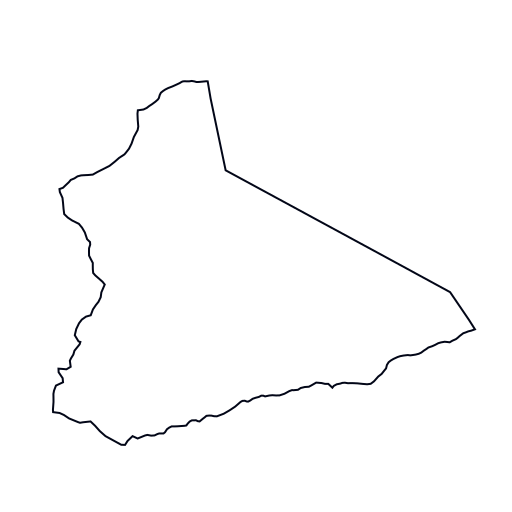 the district of Samrang, Samdrup Jongkhar, Bhutan, rotated 266°
{"feature_id": "84629894B7351985376412", "entity_name": "Samrang", "entity_type": "district", "adm_level": 2, "iso_a3": "BTN", "parent_name": "Bhutan", "parent_adm1": "Samdrup Jongkhar", "projection": "albers", "projection_center": [91.824, 26.908], "detail": "fine", "context": "isolated", "style": "outline", "palette": "ink", "viewbox_px": 512, "rotation_deg": 266, "n_neighbors": 0, "source": "geoboundaries", "source_scale": "gbopen_adm2", "svg_char_len": 2948}
<svg xmlns="http://www.w3.org/2000/svg" viewBox="0 0 512 512"><g transform="rotate(266 256 256)"><path d="M409.6,148.3L406.3,147.7L400.1,147.5L393.3,147.6L389.9,146.7L383.3,142.5L376.8,139.7L371.9,136.8L368.0,133.3L366.5,131.8L363.5,126.4L360.0,121.8L356.1,116.1L350.8,103.5L348.6,98.9L348.5,94.2L348.6,89.8L348.6,87.1L347.9,83.5L346.1,80.3L344.8,76.5L342.7,74.5L339.6,70.7L337.5,68.2L336.5,64.6L333.4,64.8L327.5,67.0L322.6,67.2L316.5,67.3L311.2,67.6L307.5,70.9L304.3,75.0L300.4,81.6L296.3,84.5L291.4,86.9L284.5,88.7L281.5,91.4L278.9,91.4L275.4,90.0L272.0,89.7L268.0,89.5L264.6,90.9L260.5,92.7L257.7,92.5L254.0,92.3L250.4,92.4L247.9,94.3L240.9,101.2L238.1,103.1L230.5,99.2L225.7,98.2L221.2,95.6L218.3,92.9L214.1,89.6L208.4,87.0L207.4,82.2L204.7,77.8L201.3,74.8L195.7,71.6L189.6,69.7L183.2,73.0L182.5,74.8L180.2,73.9L174.2,68.3L170.4,66.9L166.8,64.3L164.5,63.0L158.4,63.4L156.2,59.0L156.9,54.7L157.4,51.1L153.8,51.0L147.6,54.6L143.5,54.7L140.7,47.4L135.7,45.1L132.6,44.3L127.3,44.0L124.4,43.8L116.7,42.7L114.4,42.7L113.1,49.1L110.8,53.3L107.0,58.2L102.7,66.9L101.9,68.8L102.2,71.8L102.5,79.4L97.9,83.6L92.2,88.0L86.8,93.3L77.1,108.4L76.7,112.2L80.4,114.9L84.9,120.3L82.2,125.2L84.7,132.8L85.1,135.2L84.1,138.9L84.1,142.3L85.3,145.3L85.7,147.0L85.6,149.1L85.4,151.3L86.5,152.9L89.4,155.1L90.9,157.5L91.9,160.0L91.6,164.8L91.6,172.9L91.8,174.7L93.5,176.1L95.5,178.3L96.5,180.5L96.4,182.9L96.3,184.7L95.3,186.4L94.9,188.2L97.5,191.8L98.6,193.5L100.0,195.4L100.1,198.1L99.9,200.3L99.1,203.0L98.8,205.8L100.9,212.8L103.8,218.7L107.2,224.7L111.5,230.4L112.4,232.3L112.4,234.7L111.5,236.6L111.3,238.0L112.2,240.1L113.8,242.7L114.6,245.7L115.2,249.0L116.3,251.5L116.2,253.4L115.3,255.3L115.9,259.5L116.0,262.6L115.5,266.1L115.3,269.7L116.6,274.8L118.9,279.8L119.7,282.5L119.5,284.2L119.6,288.5L121.2,291.4L121.9,295.5L121.9,299.6L123.0,302.1L125.5,307.2L125.3,308.6L124.7,312.5L123.6,316.0L123.4,319.2L119.3,323.0L121.0,324.5L122.4,327.6L122.8,331.0L123.4,333.3L123.4,335.8L122.7,338.8L122.5,343.0L121.9,348.2L121.0,353.3L120.3,357.9L120.5,361.5L122.7,364.9L126.2,368.5L127.2,369.5L129.6,373.1L132.9,376.1L134.8,377.9L138.2,379.0L140.8,380.9L142.4,383.3L143.7,385.9L145.3,390.1L146.0,392.8L146.4,396.1L146.6,400.5L146.1,403.1L146.5,408.3L147.1,411.5L148.1,414.1L150.0,417.0L151.3,419.4L152.7,421.6L153.7,425.4L154.8,428.4L156.3,431.7L156.9,434.5L157.3,438.2L156.9,440.6L156.4,443.2L157.8,446.0L159.1,449.6L160.2,451.3L162.0,453.6L164.5,457.4L165.1,459.7L166.0,462.5L166.5,465.4L167.6,469.3L177.4,464.0L206.4,447.1L241.2,392.6L343.6,231.7L416.3,221.7L433.6,220.0L433.8,218.5L433.6,211.3L433.7,208.8L434.5,206.6L435.1,204.1L434.9,201.5L435.0,199.7L435.3,197.1L435.3,195.3L434.9,194.0L433.8,191.9L432.6,188.8L431.0,184.5L430.2,181.9L429.7,180.2L428.4,177.1L427.1,174.8L425.5,172.5L423.3,171.2L420.3,170.1L419.0,169.1L417.0,166.5L414.7,162.9L413.1,160.0L411.3,157.3L410.0,154.0L409.8,151.4L409.6,148.3Z" fill="none" stroke="#020617" stroke-width="2"/></g></svg>